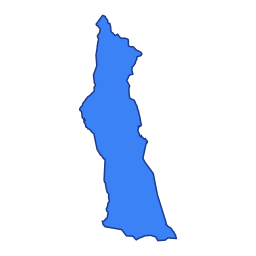 outline of Orica, Francisco Morazán, Honduras
{"feature_id": "27666195B54094389197091", "entity_name": "Orica", "entity_type": "district", "adm_level": 2, "iso_a3": "HND", "parent_name": "Honduras", "parent_adm1": "Francisco Morazán", "projection": "equal_earth", "projection_center": [-86.954, 14.819], "detail": "fine", "context": "isolated", "style": "filled", "palette": "blue", "viewbox_px": 256, "rotation_deg": 0, "n_neighbors": 0, "source": "geoboundaries", "source_scale": "gbopen_adm2", "svg_char_len": 5655}
<svg xmlns="http://www.w3.org/2000/svg" viewBox="0 0 256 256"><path d="M176.3,238.5L176.3,238.1L175.7,236.3L175.7,235.7L175.6,235.3L174.9,234.2L173.9,232.1L173.1,231.3L172.3,230.4L172.1,230.1L171.8,229.3L171.7,229.1L171.4,228.7L170.2,227.6L167.7,226.2L167.5,225.9L167.2,225.4L166.8,224.9L166.6,224.8L166.0,224.7L165.9,224.6L165.9,224.4L165.9,224.0L166.2,223.4L166.2,223.2L166.1,222.7L157.5,195.2L153.2,173.5L145.0,162.3L142.9,158.3L146.0,144.0L146.2,143.4L146.4,143.0L146.5,142.4L146.7,142.2L146.9,142.4L147.0,142.7L147.4,142.1L147.4,141.4L147.1,140.9L146.1,140.0L145.7,139.2L145.5,138.8L145.3,138.5L145.1,138.5L144.3,139.0L144.0,138.9L143.8,138.8L143.3,138.3L142.8,137.6L142.6,137.2L142.4,137.1L142.0,137.0L141.7,136.9L141.6,136.7L141.3,135.6L141.2,135.5L141.0,135.8L141.0,136.3L140.9,136.7L140.8,136.8L139.7,135.8L139.4,135.4L139.4,135.1L139.5,134.6L139.4,134.2L139.0,133.3L138.7,132.6L138.1,131.2L137.9,130.5L137.9,130.1L138.0,129.6L138.4,128.4L138.5,127.8L138.6,127.6L138.7,127.4L138.8,127.3L138.7,127.1L138.3,126.7L138.3,126.4L138.5,126.1L139.0,126.0L139.7,126.4L139.9,126.4L140.1,126.3L140.3,126.2L141.2,125.4L141.3,125.3L141.3,124.9L140.1,119.0L140.1,118.5L139.9,117.6L139.7,116.5L139.2,114.7L138.8,112.8L138.6,111.8L138.3,110.7L137.5,108.8L137.2,107.1L136.7,105.4L136.3,104.9L135.9,104.3L135.4,103.0L135.2,102.3L134.9,101.7L134.4,100.6L133.9,100.2L133.1,99.7L131.9,99.2L130.2,98.4L130.0,98.1L129.8,97.9L129.6,97.5L129.5,97.0L129.5,96.2L129.3,95.4L129.0,93.4L129.0,91.8L128.9,89.9L128.9,89.0L128.9,88.4L129.2,87.3L129.7,86.2L129.4,85.4L128.8,84.4L127.3,81.4L126.8,80.5L126.7,80.3L126.7,80.1L126.8,79.9L127.8,78.6L128.4,77.1L128.7,76.3L128.9,75.9L129.5,75.3L129.9,74.9L130.3,74.7L131.0,74.6L131.6,74.6L132.0,74.5L132.6,74.2L132.8,74.1L132.9,73.9L132.9,73.7L132.3,72.2L132.1,71.3L131.9,70.8L132.0,69.4L132.0,67.5L132.0,67.2L132.2,66.8L132.6,66.6L133.1,66.3L133.4,66.0L133.8,65.4L134.0,64.9L134.2,64.5L134.9,63.9L135.0,63.7L135.5,62.4L135.6,61.6L135.8,61.0L136.8,59.0L136.9,58.4L136.8,57.3L136.8,57.1L137.1,56.9L138.0,56.5L139.4,56.1L139.9,56.0L140.9,55.5L141.5,54.8L141.8,54.1L141.9,53.9L141.8,53.7L141.6,53.3L141.2,52.8L140.2,51.9L139.5,51.5L138.4,51.0L137.7,50.6L137.0,50.4L135.7,49.6L135.2,48.9L134.6,48.2L133.8,47.4L133.1,46.8L132.7,46.7L132.4,46.6L131.3,46.8L130.4,46.8L130.1,46.7L129.7,46.4L128.7,46.0L128.5,45.5L128.4,44.6L128.4,41.8L128.4,40.9L128.3,40.3L128.3,40.0L128.1,39.6L127.9,39.3L127.7,39.1L127.4,39.0L126.8,38.9L125.5,38.3L123.6,38.2L122.0,38.3L121.4,38.3L121.1,38.1L120.5,37.8L119.6,36.9L119.1,36.3L118.1,34.7L117.7,34.3L117.5,34.2L117.3,34.3L116.0,35.2L115.5,35.4L115.2,35.5L114.8,35.2L113.6,34.0L113.2,33.4L111.7,32.3L111.3,31.9L111.2,31.7L111.0,31.2L110.9,30.7L110.7,28.4L110.6,27.1L110.6,26.3L110.1,25.3L110.1,24.6L110.0,23.9L109.9,23.5L109.8,23.4L108.6,23.4L108.3,23.0L107.9,22.5L107.8,22.3L107.8,22.0L107.7,20.8L107.6,20.3L106.9,19.2L106.3,18.8L106.0,18.4L105.8,18.0L105.3,16.6L103.8,15.7L102.6,15.4L97.3,22.6L96.6,23.6L96.2,24.0L96.2,24.3L96.4,25.1L96.7,25.4L97.0,25.6L97.5,25.6L97.9,25.9L98.3,26.4L98.8,27.2L99.4,28.0L100.0,29.0L100.2,29.3L100.3,29.6L100.1,30.4L99.8,31.1L99.8,31.4L99.8,31.7L99.8,32.0L99.8,32.3L99.7,32.6L98.6,34.2L97.6,35.4L97.5,35.8L97.5,36.4L97.6,37.1L98.4,38.6L98.5,39.1L98.5,39.6L98.5,39.9L98.4,40.4L98.0,41.4L97.8,42.0L97.8,43.1L97.2,46.2L97.2,47.7L96.0,55.2L96.8,65.8L93.5,74.9L94.4,83.1L95.2,84.2L95.4,84.6L95.4,85.2L95.3,85.7L95.1,85.9L94.8,86.3L94.3,87.0L94.1,87.5L94.2,88.8L94.2,89.8L94.0,91.5L92.2,93.0L91.1,94.2L89.6,95.7L87.7,96.9L87.3,97.5L86.4,98.6L85.0,100.6L84.0,102.0L83.3,102.7L83.1,103.0L82.8,103.5L82.5,104.9L82.2,105.6L81.6,106.5L81.2,106.7L80.8,107.0L80.6,107.2L79.9,108.6L79.7,109.1L79.7,109.5L79.8,110.0L80.1,110.4L80.3,110.7L81.4,111.3L81.5,111.6L81.7,113.1L81.9,113.8L82.0,115.6L82.1,116.1L82.2,117.3L82.5,117.9L82.8,118.3L83.1,118.5L83.4,118.6L84.2,118.5L84.2,118.8L84.1,119.0L83.8,119.1L83.7,119.8L83.8,120.0L85.1,120.0L85.3,120.2L85.3,120.5L85.1,120.8L84.4,121.0L84.1,121.2L83.9,121.4L83.9,121.7L83.9,121.9L84.1,122.3L85.2,124.1L85.5,124.7L85.7,125.4L85.7,126.4L85.8,126.8L86.1,127.0L87.0,127.4L87.3,127.7L87.6,128.0L87.8,128.4L87.9,128.8L88.0,128.9L88.4,129.0L89.0,129.0L89.4,129.1L90.1,130.0L90.5,130.4L91.3,131.5L91.6,131.6L91.6,131.8L93.9,133.8L97.1,149.3L100.6,155.2L101.0,155.3L101.5,155.4L101.7,155.5L102.5,157.2L103.4,158.5L103.7,158.7L104.0,159.0L104.5,159.1L105.1,159.2L104.1,179.8L104.3,180.5L104.4,181.8L104.6,182.3L104.9,182.6L105.1,182.7L105.3,182.9L105.5,183.1L105.6,183.4L105.6,183.7L105.5,184.4L105.8,185.8L105.9,186.4L106.1,187.4L106.2,187.8L106.1,188.2L106.1,188.4L106.2,188.7L106.6,189.8L106.8,190.5L106.9,191.1L106.9,191.4L107.3,192.4L107.5,192.7L108.6,193.7L108.7,194.0L108.8,194.4L108.7,196.0L108.7,196.5L108.5,196.8L108.5,197.1L108.6,197.3L108.8,197.8L108.8,198.0L108.7,198.3L108.8,198.7L109.1,199.7L109.1,200.1L109.3,200.6L109.3,201.0L109.2,201.4L109.1,201.8L108.9,202.1L108.3,202.7L108.0,203.1L107.8,204.1L107.7,205.6L107.5,206.0L107.3,206.4L107.4,206.8L107.4,207.3L107.3,207.5L106.8,208.0L106.6,208.4L106.4,208.6L106.4,209.2L106.3,209.5L106.4,209.8L106.7,210.6L107.1,211.4L107.9,212.1L108.0,212.6L108.1,213.2L108.0,213.7L107.6,215.1L107.5,216.5L107.3,217.3L107.1,217.9L106.9,218.2L105.8,218.8L105.0,219.7L104.8,220.5L104.1,220.9L102.3,221.3L102.5,222.0L102.7,222.4L102.8,223.0L103.2,224.5L103.3,224.9L104.6,225.9L104.9,226.2L105.0,226.4L105.1,226.7L121.7,229.6L126.4,235.8L129.9,236.0L132.7,236.2L133.2,236.5L133.9,237.2L134.8,238.4L136.3,239.8L137.9,238.8L140.9,237.4L142.2,237.0L144.8,235.8L150.6,235.3L151.0,235.4L155.0,236.7L155.8,237.1L157.8,240.6L165.0,240.2L167.9,237.9L176.3,238.5Z" fill="#3b82f6" stroke="#1e3a8a" stroke-width="1.5"/></svg>